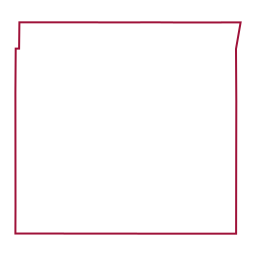 Franklin, Kansas, United States of America
{"feature_id": "52423323B79202191155871", "entity_name": "Franklin", "entity_type": "district", "adm_level": 2, "iso_a3": "USA", "parent_name": "United States of America", "parent_adm1": "Kansas", "projection": "robinson", "projection_center": [-95.306, 38.564], "detail": "fine", "context": "isolated", "style": "outline", "palette": "rose", "viewbox_px": 256, "rotation_deg": 0, "n_neighbors": 0, "source": "geoboundaries", "source_scale": "gbopen_adm2", "svg_char_len": 302}
<svg xmlns="http://www.w3.org/2000/svg" viewBox="0 0 256 256"><path d="M15.4,233.5L89.3,233.6L236.1,233.7L236.2,157.0L236.3,101.5L236.0,48.9L240.6,22.4L185.3,22.5L148.4,22.3L136.3,22.4L19.4,22.3L19.1,48.6L15.7,48.6L15.4,92.4L15.5,207.1L15.4,233.5Z" fill="none" stroke="#9f1239" stroke-width="2"/></svg>